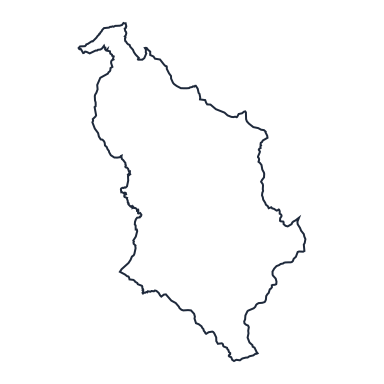 Pasto, Nariño, Colombia
{"feature_id": "7082276B828212266438", "entity_name": "Pasto", "entity_type": "district", "adm_level": 2, "iso_a3": "COL", "parent_name": "Colombia", "parent_adm1": "Nariño", "projection": "mercator", "projection_center": [-77.263, 1.088], "detail": "fine", "context": "isolated", "style": "outline", "palette": "slate", "viewbox_px": 384, "rotation_deg": 0, "n_neighbors": 0, "source": "geoboundaries", "source_scale": "gbopen_adm2", "svg_char_len": 5945}
<svg xmlns="http://www.w3.org/2000/svg" viewBox="0 0 384 384"><path d="M164.0,64.6L160.0,59.5L155.0,58.7L153.5,56.5L150.2,55.0L150.2,51.6L148.1,49.9L146.8,48.1L145.9,47.8L144.9,48.0L145.9,49.6L145.8,52.5L146.3,53.4L144.3,58.1L142.3,59.7L138.2,59.7L137.9,59.2L138.8,57.9L135.6,54.6L134.0,52.3L132.9,49.7L130.2,46.7L129.6,44.9L128.1,44.3L126.9,43.1L126.0,41.5L125.4,41.3L125.1,40.4L125.0,38.3L125.5,37.7L125.4,36.9L124.8,36.4L125.7,35.4L126.3,33.4L126.1,32.1L125.3,31.1L124.7,28.6L126.0,27.7L125.8,27.0L126.3,26.3L125.6,23.3L124.9,23.5L123.5,23.0L122.0,25.0L119.7,25.7L115.2,25.9L113.6,26.7L112.4,26.4L111.2,26.9L110.2,26.8L109.0,27.6L104.0,28.1L102.2,30.0L101.6,31.3L100.4,32.5L100.0,33.6L99.3,33.8L98.6,35.2L97.8,35.7L96.4,37.7L92.7,41.4L92.2,41.2L91.4,41.5L87.8,43.9L86.3,44.4L85.9,45.3L84.9,46.2L80.1,46.4L78.6,48.0L79.0,48.8L79.9,49.3L80.5,48.9L80.9,49.1L83.2,53.1L83.8,53.0L85.1,51.6L86.6,51.9L89.7,53.4L95.7,50.5L97.1,50.5L97.9,49.8L100.5,49.5L102.1,48.4L104.0,45.8L104.6,47.6L105.3,47.7L105.1,49.3L105.5,50.0L105.1,50.4L106.8,49.8L107.4,49.2L107.0,50.7L109.9,51.3L110.3,53.6L112.0,54.7L112.2,55.8L113.7,56.4L113.0,58.6L113.5,59.5L111.8,60.3L111.2,61.4L111.1,63.0L112.4,66.9L110.5,68.1L110.3,70.3L109.8,71.3L108.5,72.3L107.9,73.6L100.3,77.8L97.2,85.0L97.6,89.3L96.4,92.7L95.2,94.6L94.8,96.0L95.0,100.4L95.6,102.3L95.7,104.7L95.6,106.3L94.6,107.1L96.1,115.3L95.5,116.5L92.8,119.1L93.1,120.8L92.4,122.3L94.8,128.6L98.1,133.1L98.9,136.6L100.7,139.4L102.5,139.7L104.1,141.4L104.7,142.9L105.0,145.5L106.7,147.0L107.6,149.3L108.8,150.8L109.2,152.3L110.8,155.2L114.3,157.5L117.2,157.6L120.0,157.2L120.9,156.0L121.6,155.7L121.4,156.7L121.9,159.0L123.2,160.1L125.4,163.0L125.4,164.5L125.9,165.2L125.3,166.8L125.8,167.4L126.9,167.6L128.1,168.8L128.9,171.4L129.9,171.3L129.8,173.7L130.2,174.2L128.8,175.4L128.4,174.2L127.9,174.7L128.4,175.7L128.0,176.1L128.2,180.6L127.0,186.3L125.6,187.6L124.4,187.4L123.7,188.0L122.4,187.8L121.1,188.6L120.9,189.4L121.3,192.3L122.2,192.2L123.8,193.3L124.8,192.6L125.7,192.9L126.1,194.3L124.5,195.0L124.2,196.1L124.6,197.0L127.0,197.9L126.8,198.3L127.8,201.1L127.7,202.2L128.6,203.2L128.2,203.6L128.4,204.3L130.3,206.3L131.2,206.2L131.3,206.9L132.3,207.1L132.4,207.9L132.8,207.6L133.0,206.6L133.6,207.3L133.5,207.9L135.5,208.1L136.6,209.0L137.0,209.6L137.0,210.5L138.2,209.9L138.4,211.2L138.0,212.3L138.1,213.3L138.8,213.5L140.2,213.0L141.4,214.8L141.1,215.9L140.4,216.7L139.9,216.7L139.7,217.4L137.1,217.7L135.9,219.3L135.0,221.8L134.8,224.5L135.6,225.4L135.7,229.5L136.8,229.5L137.2,231.1L135.8,236.6L133.3,240.5L133.9,241.7L133.5,242.3L133.7,243.8L135.5,245.5L135.3,246.2L135.6,248.2L134.4,253.8L133.7,255.3L131.9,256.6L130.6,259.8L128.5,263.0L121.6,269.2L119.9,271.8L125.0,274.5L127.1,276.2L128.4,276.5L129.0,277.4L129.5,279.4L133.3,279.9L134.6,280.8L135.1,281.7L137.3,283.0L137.8,284.2L141.9,285.8L142.3,286.7L142.3,288.0L142.9,288.9L142.6,289.9L143.2,290.0L143.2,291.4L142.5,292.8L143.0,293.5L144.0,292.6L145.0,292.8L146.4,292.0L147.3,292.3L147.8,291.3L150.5,291.7L151.5,291.0L153.9,291.3L154.9,290.5L156.4,290.9L158.7,292.9L160.1,295.4L161.3,296.6L163.9,294.6L165.9,294.4L171.3,300.6L175.7,303.0L178.8,306.6L179.6,308.2L181.5,309.8L183.3,310.4L188.1,310.1L191.0,310.4L194.1,313.8L194.9,316.7L194.5,318.5L196.0,323.2L198.7,324.2L201.5,326.3L202.2,327.8L203.4,329.1L203.8,330.8L205.0,332.2L205.4,333.2L206.1,333.8L208.7,332.2L212.3,331.6L213.2,332.0L214.2,333.2L216.2,337.4L216.3,341.1L217.9,343.8L221.8,343.3L222.9,344.2L223.2,345.9L223.7,346.5L227.0,347.8L227.5,349.3L228.4,350.1L228.9,352.0L230.2,353.1L230.1,354.4L229.1,355.0L228.8,355.9L229.4,356.6L231.2,357.2L232.2,359.8L234.0,361.0L236.3,359.8L239.9,360.3L242.3,358.5L245.8,357.6L247.7,357.5L249.4,356.3L253.3,355.4L255.4,353.8L256.5,353.8L257.6,353.3L256.6,352.0L254.5,347.6L252.7,346.7L252.4,345.1L249.5,342.5L247.6,337.6L248.5,333.4L248.2,330.8L248.8,327.2L248.1,325.6L246.0,324.7L244.5,323.4L244.2,321.5L245.1,319.4L245.4,315.5L247.4,311.3L248.2,310.6L253.7,308.3L255.3,306.8L256.0,305.1L256.8,304.2L258.6,303.1L262.3,302.8L264.5,302.1L265.1,301.5L265.9,299.6L266.2,296.1L267.4,294.2L268.7,292.9L269.8,289.3L270.9,288.6L271.9,287.3L271.8,285.3L272.8,284.9L274.7,284.8L276.2,284.2L276.3,283.8L276.5,281.7L275.7,278.6L272.9,275.5L272.6,274.7L272.5,271.6L274.2,268.6L276.5,266.1L279.1,265.1L280.6,264.0L283.1,263.5L284.1,262.7L285.8,262.4L290.9,262.3L292.0,261.9L292.9,261.0L293.7,258.8L295.9,256.8L297.7,252.0L299.1,251.5L303.1,251.7L304.4,251.0L303.8,244.6L304.7,243.0L305.4,239.1L304.3,236.5L303.8,234.1L301.1,230.7L300.0,227.9L297.7,224.3L297.4,221.8L299.0,217.7L295.5,220.4L293.4,221.5L292.3,222.5L291.5,224.2L287.7,226.4L285.5,225.8L283.6,224.1L283.6,222.3L283.3,221.6L280.7,221.3L280.0,220.8L280.2,218.1L281.4,216.5L281.5,215.3L280.9,214.4L279.7,213.7L279.7,211.2L279.1,209.7L278.7,209.5L277.4,210.4L276.6,210.6L273.9,208.8L272.2,208.4L271.3,207.3L268.7,208.2L267.8,206.2L265.9,204.7L265.2,202.8L263.2,199.6L262.8,197.3L262.0,195.3L262.3,192.8L263.1,190.9L262.8,189.3L263.0,185.3L262.7,184.0L261.1,181.8L262.0,180.0L264.0,177.4L264.2,173.9L263.9,172.5L262.3,169.6L261.5,165.0L259.9,162.9L258.5,161.8L259.1,159.8L258.9,158.3L258.0,157.2L258.0,156.6L259.7,152.5L259.9,151.5L258.8,149.8L259.3,148.7L260.6,148.1L260.4,146.1L261.1,145.4L260.5,144.3L260.8,142.8L262.0,142.0L262.8,140.5L267.5,137.8L267.2,135.7L265.5,132.3L265.7,131.7L263.9,130.1L261.1,129.7L258.2,128.1L253.3,127.1L248.9,123.6L246.9,121.4L246.1,119.2L245.9,112.4L245.2,111.4L244.0,111.7L242.0,113.3L238.7,114.0L237.2,116.8L236.7,117.2L235.1,116.7L233.5,117.1L231.4,116.9L227.6,115.4L224.5,112.6L215.9,109.2L210.5,104.6L207.2,104.4L206.1,102.7L205.2,100.1L200.0,99.4L200.2,97.5L199.5,93.9L198.6,92.9L197.7,88.7L195.8,85.8L195.1,85.8L194.3,86.6L193.1,86.3L192.2,87.0L189.8,87.5L189.1,88.1L186.3,88.3L180.9,88.2L176.7,86.0L174.1,84.1L173.0,82.8L171.1,78.6L171.0,76.0L169.0,73.3L166.8,68.9L166.8,66.9L166.5,66.2L165.5,66.1L164.0,64.6Z" fill="none" stroke="#1e293b" stroke-width="2"/></svg>